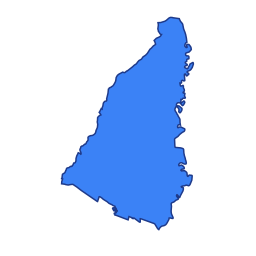 outline of Cajicá, Cundinamarca, Colombia, rotated 353°
{"feature_id": "7082276B54625644795372", "entity_name": "Cajicá", "entity_type": "district", "adm_level": 2, "iso_a3": "COL", "parent_name": "Colombia", "parent_adm1": "Cundinamarca", "projection": "robinson", "projection_center": [-74.022, 4.935], "detail": "fine", "context": "isolated", "style": "filled", "palette": "blue", "viewbox_px": 256, "rotation_deg": 353, "n_neighbors": 0, "source": "geoboundaries", "source_scale": "gbopen_adm2", "svg_char_len": 5881}
<svg xmlns="http://www.w3.org/2000/svg" viewBox="0 0 256 256"><g transform="rotate(353 128 128)"><path d="M196.9,50.1L196.9,45.8L196.6,42.2L196.2,40.0L195.3,36.5L194.9,31.6L194.1,30.0L193.1,28.6L192.4,26.6L192.2,25.7L185.9,24.0L185.4,23.7L183.6,23.4L182.8,23.6L182.0,23.9L179.2,25.8L177.7,26.5L173.3,27.3L170.6,27.1L170.7,29.4L169.7,33.3L169.9,34.4L170.0,36.0L170.5,36.6L171.1,38.1L171.4,38.6L172.0,39.2L172.6,39.3L171.7,40.5L171.0,41.1L169.8,41.6L167.1,42.4L164.6,44.3L165.2,45.9L165.6,48.2L164.7,48.9L163.2,49.6L160.9,51.6L159.4,52.5L156.3,56.3L154.3,57.9L151.5,59.3L149.8,61.3L147.1,62.4L145.4,63.9L144.2,65.3L141.9,66.4L140.0,67.8L134.2,71.3L133.6,71.3L131.9,72.5L130.9,72.6L129.6,71.9L125.4,73.5L124.0,74.4L123.4,75.1L122.4,76.5L121.7,79.2L121.0,80.8L119.0,83.5L117.8,84.6L116.9,84.9L116.0,85.5L115.4,85.6L114.3,86.0L114.1,86.5L113.3,87.0L112.4,91.0L110.3,96.6L110.4,97.4L110.2,98.0L109.9,98.5L108.3,98.7L107.7,99.1L106.8,100.0L106.5,100.5L105.8,102.9L104.8,104.9L104.6,106.1L103.8,105.5L101.7,108.6L101.3,108.9L102.1,110.3L102.7,111.7L101.7,112.0L100.1,112.9L99.1,114.0L98.7,116.5L98.2,118.2L98.4,120.6L97.7,123.7L96.9,125.1L96.0,126.5L95.7,127.6L94.9,129.2L94.0,130.0L92.8,130.7L91.5,131.1L90.4,131.0L89.2,131.2L88.3,131.5L87.4,132.1L87.1,132.7L87.0,134.4L86.8,135.2L86.3,135.9L85.3,136.8L84.4,138.3L83.9,138.8L83.0,138.8L81.2,140.1L80.2,140.4L79.9,140.3L79.0,140.8L78.3,142.5L77.8,143.1L77.6,143.9L77.7,144.8L78.2,146.2L78.3,147.5L78.2,148.1L77.9,148.3L77.1,147.3L75.6,146.5L75.1,147.4L73.7,149.5L72.7,151.9L72.3,154.4L71.4,155.9L70.7,156.2L69.8,156.2L68.9,158.0L68.1,158.4L68.1,158.7L67.7,159.2L67.1,159.3L66.2,159.1L64.6,160.1L63.3,160.2L62.5,160.4L62.1,160.7L61.3,162.4L61.0,162.7L60.0,164.5L59.5,164.9L58.1,165.5L57.3,166.0L56.7,168.2L56.6,169.3L55.9,170.0L55.3,169.9L56.9,170.6L55.8,172.9L55.3,175.3L58.4,176.1L59.3,176.6L61.7,177.3L64.6,177.1L66.4,177.2L70.0,180.3L73.9,184.2L88.7,197.3L88.8,197.3L91.0,192.7L91.5,192.7L92.2,193.1L93.7,194.5L94.7,195.7L98.4,198.7L100.0,200.5L103.0,202.4L103.8,203.2L105.5,204.1L105.5,204.5L106.0,205.7L106.0,205.9L104.9,205.4L103.2,205.5L102.9,205.9L103.1,206.7L103.5,206.9L103.6,208.0L103.8,208.4L104.1,208.5L104.5,208.4L105.1,206.9L106.0,206.6L106.5,206.8L106.3,207.9L107.2,208.5L107.2,209.0L105.5,208.4L105.1,208.6L105.2,209.2L106.2,210.2L106.0,210.6L105.4,210.8L104.4,210.7L104.0,210.9L103.9,211.5L104.4,211.8L104.5,212.9L105.1,213.0L106.5,213.7L116.9,219.2L118.2,216.0L121.3,217.7L121.2,218.2L122.1,218.6L122.6,218.1L123.1,218.2L127.9,222.8L128.7,222.8L129.1,219.5L129.6,219.6L142.1,225.9L142.9,226.5L145.2,231.6L146.2,232.6L147.3,231.1L148.5,230.1L149.7,229.5L151.9,229.3L153.5,228.7L154.5,227.8L155.3,226.8L157.5,223.7L157.8,222.4L158.8,222.4L160.9,223.2L161.6,223.2L161.8,222.8L161.8,222.2L160.7,218.6L160.6,216.7L160.7,215.5L161.6,211.1L161.6,208.9L161.7,208.2L162.4,207.6L164.8,206.9L166.8,205.5L168.7,205.0L169.2,204.7L169.4,204.3L169.2,203.7L167.9,201.6L167.9,201.0L168.4,200.2L168.6,200.2L169.0,200.6L170.5,203.2L170.7,203.3L170.9,203.2L171.7,201.7L174.9,197.1L175.5,195.5L175.6,194.1L173.9,193.3L173.7,192.8L173.8,192.6L174.8,192.3L177.1,192.2L178.8,191.8L179.6,192.0L181.0,192.7L181.6,192.6L182.2,192.2L182.9,191.3L185.0,187.5L185.8,183.8L185.8,183.0L185.6,182.8L183.2,182.2L182.8,182.3L181.7,183.3L181.3,183.2L181.0,182.6L181.0,179.8L180.8,179.2L180.1,178.3L178.8,177.2L175.9,177.1L175.4,176.6L175.6,176.0L176.3,175.5L178.2,175.4L178.7,175.2L179.0,174.7L178.9,173.8L178.0,172.5L176.8,171.4L176.3,171.3L174.6,171.7L174.0,171.6L173.8,170.8L174.0,170.2L175.3,169.1L176.2,168.9L177.2,169.1L179.1,170.4L180.2,170.8L181.2,170.7L181.6,170.0L181.5,167.8L181.2,166.5L181.1,165.0L180.6,162.3L180.4,159.6L180.6,156.1L180.3,155.4L179.8,155.0L178.5,154.4L177.6,154.1L173.0,153.1L172.5,152.9L172.4,152.6L172.3,151.8L172.8,145.3L173.0,144.5L173.5,144.0L176.5,142.5L178.3,140.9L179.3,140.2L181.3,139.0L183.3,138.2L183.9,137.5L184.2,136.6L184.2,135.9L183.8,135.5L180.5,133.4L179.2,133.4L177.9,133.8L177.4,133.6L177.3,132.9L177.5,132.3L177.9,131.4L178.4,131.0L179.3,130.9L180.4,131.5L180.3,129.0L180.6,126.0L180.4,124.9L179.3,122.5L179.0,121.3L178.4,120.2L178.0,118.9L177.1,117.1L176.8,116.0L176.8,115.3L177.1,114.4L178.0,113.0L178.2,112.8L178.7,112.8L179.3,113.1L179.7,113.5L180.5,114.7L180.8,115.6L180.8,116.5L180.4,117.8L180.6,118.5L181.0,119.1L181.9,119.1L183.4,117.3L183.9,116.0L183.9,115.1L181.5,112.5L180.9,112.2L179.1,111.9L178.8,111.5L178.8,111.1L179.1,110.2L179.8,109.4L180.3,109.1L181.8,109.1L182.5,109.4L183.0,109.8L184.4,112.0L185.0,112.4L185.7,112.0L186.4,111.2L187.0,110.4L187.5,109.4L187.2,108.3L186.6,108.0L184.4,109.4L183.7,109.6L183.4,109.3L183.5,108.4L183.9,107.5L184.0,106.1L185.2,106.2L186.1,105.2L186.8,105.2L188.3,105.3L188.6,104.9L188.0,103.0L188.7,100.7L188.4,100.3L187.3,100.1L187.0,99.7L187.3,99.0L187.9,98.8L188.5,97.9L188.5,96.5L187.9,94.9L188.1,93.0L187.7,92.4L186.1,92.8L185.5,92.8L185.3,92.6L185.1,91.9L185.0,89.7L186.1,89.9L186.5,89.8L186.7,89.4L186.8,87.8L187.3,87.4L187.6,87.3L188.2,87.4L189.2,88.1L189.9,88.0L190.1,87.9L190.2,87.3L190.4,82.4L190.6,81.6L191.0,81.4L191.5,81.4L192.5,83.4L192.8,83.4L193.2,83.3L193.8,82.7L194.7,82.3L194.9,81.8L194.9,81.3L193.6,80.1L193.5,79.7L193.6,79.3L194.3,78.9L196.5,78.3L197.6,77.6L199.2,75.7L200.7,72.5L200.7,71.3L200.4,70.9L199.9,71.0L197.3,72.1L196.8,73.2L195.3,75.0L194.9,75.9L194.2,76.4L193.5,76.2L191.8,75.0L191.6,74.6L191.8,73.9L192.6,73.3L194.0,73.1L194.4,72.9L194.5,72.6L194.4,72.0L193.3,71.2L193.0,70.8L192.8,70.1L192.9,69.7L193.1,69.5L194.4,69.0L194.7,67.3L194.9,67.0L195.5,66.8L196.6,66.8L197.0,66.3L197.1,64.6L196.8,64.0L196.2,63.7L194.9,63.5L194.3,62.9L194.1,62.4L194.3,61.0L195.1,60.5L197.9,60.0L199.7,58.6L200.4,57.7L200.3,55.5L199.5,53.9L198.7,52.6L197.1,52.2L196.5,52.5L196.3,52.8L196.2,53.4L196.6,54.9L196.1,55.3L195.5,55.2L194.5,54.0L194.4,52.9L194.9,51.8L195.7,50.6L196.9,50.1Z" fill="#3b82f6" stroke="#1e3a8a" stroke-width="1.5"/></g></svg>